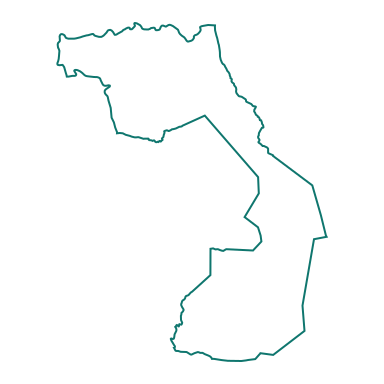 La Libertad, Comayagua, Honduras (orthographic projection)
{"feature_id": "27666195B37640617369838", "entity_name": "La Libertad", "entity_type": "district", "adm_level": 2, "iso_a3": "HND", "parent_name": "Honduras", "parent_adm1": "Comayagua", "projection": "orthographic", "projection_center": [-87.636, 14.872], "detail": "fine", "context": "isolated", "style": "outline", "palette": "teal", "viewbox_px": 384, "rotation_deg": 0, "n_neighbors": 0, "source": "geoboundaries", "source_scale": "gbopen_adm2", "svg_char_len": 5781}
<svg xmlns="http://www.w3.org/2000/svg" viewBox="0 0 384 384"><path d="M304.5,330.9L302.5,305.6L314.0,239.2L326.6,236.8L325.9,235.5L320.9,215.3L312.3,185.4L273.1,156.0L273.2,155.6L272.9,155.2L268.4,153.2L268.2,152.9L268.1,152.4L268.1,148.8L267.7,148.1L266.9,147.4L263.9,146.0L262.6,146.0L260.9,144.2L260.0,143.5L259.0,142.9L258.5,142.4L258.5,141.9L259.3,140.7L259.5,140.0L259.3,139.4L258.7,138.6L258.3,138.0L258.1,137.1L258.2,136.3L258.6,135.7L258.8,135.3L258.8,134.2L259.0,133.0L260.4,130.4L261.8,128.0L262.0,127.8L263.0,127.7L263.4,127.4L263.4,126.9L263.1,125.3L262.8,124.8L262.1,123.9L261.8,122.0L261.4,121.3L261.2,120.4L260.8,120.2L259.9,120.1L259.7,119.5L259.6,118.6L258.8,117.2L257.8,116.8L257.7,116.1L257.4,115.8L255.9,114.7L255.1,112.8L254.2,111.5L254.3,109.8L255.6,107.6L255.8,107.0L255.8,106.7L255.4,106.5L253.2,106.1L252.5,105.6L251.9,104.7L251.2,104.0L246.5,101.8L246.2,101.5L245.8,99.6L245.4,99.2L241.9,96.9L241.1,96.6L239.3,96.3L238.9,96.1L238.4,95.6L236.6,93.3L236.1,91.8L236.1,91.0L236.3,89.4L236.0,87.7L235.6,87.0L234.2,85.3L233.9,83.7L232.2,82.4L231.6,81.5L231.5,81.0L231.8,79.3L231.5,78.8L230.5,78.2L230.5,77.2L229.8,75.6L229.6,74.1L229.1,73.1L228.3,71.9L227.3,70.9L226.3,68.6L225.2,66.8L224.6,65.4L223.8,64.5L222.9,64.0L222.0,62.8L220.7,59.7L220.0,56.5L219.9,52.3L219.7,50.3L219.0,45.8L218.8,44.7L218.4,43.6L217.2,38.1L216.4,35.6L215.1,30.4L214.9,27.0L215.0,25.4L208.1,25.0L203.1,25.9L201.7,26.2L200.6,26.7L200.2,27.0L200.1,27.5L200.6,29.3L200.6,30.2L200.2,31.2L199.4,32.3L198.3,33.5L197.5,34.2L196.4,34.8L195.2,35.1L194.4,35.7L193.9,36.4L193.9,37.9L193.7,38.4L193.0,39.4L192.4,40.1L191.1,40.8L188.1,41.6L187.4,41.4L186.6,40.7L185.3,38.7L184.3,37.4L181.7,35.6L180.0,34.0L179.1,32.7L178.1,30.0L177.8,29.6L173.0,26.1L171.1,25.2L169.8,24.8L169.1,24.9L168.4,25.1L165.9,26.6L165.2,26.4L163.2,25.6L162.5,25.6L161.9,25.7L161.5,26.0L160.8,26.9L160.5,27.5L160.0,28.9L159.5,29.6L158.0,30.1L156.1,30.2L155.6,29.9L154.7,28.0L154.3,27.8L153.6,27.7L151.0,28.1L149.9,28.9L148.2,29.5L145.1,29.4L143.9,29.3L142.6,28.8L142.1,28.4L141.3,26.7L140.1,25.2L136.9,23.4L135.7,23.1L134.8,23.0L134.4,23.3L134.3,23.7L134.4,24.3L134.9,25.5L134.9,26.0L134.3,26.8L133.0,28.1L132.5,28.7L131.8,29.2L131.0,29.3L130.2,29.2L129.9,28.9L129.7,28.0L129.3,27.7L128.3,27.6L127.5,27.8L125.5,28.8L124.8,29.4L123.4,29.9L122.1,31.3L118.1,33.5L116.7,34.4L116.0,34.7L115.3,34.8L114.8,34.8L114.5,34.5L113.1,32.1L111.6,30.5L110.3,29.9L109.2,30.0L108.3,30.3L107.8,30.6L106.5,32.6L103.8,35.4L102.5,36.3L101.2,36.9L99.1,36.9L95.8,36.0L94.5,35.5L93.4,34.2L93.0,34.0L92.7,34.0L91.5,34.2L88.2,35.2L86.6,35.4L82.6,36.5L80.4,37.3L75.9,38.4L73.9,38.7L68.5,38.7L67.0,38.3L65.8,37.7L64.8,35.8L64.6,35.7L64.4,35.2L63.2,34.5L62.4,34.2L61.5,34.1L61.0,34.2L60.6,34.5L60.2,34.9L59.6,36.3L59.9,40.3L59.8,41.0L59.6,41.4L59.1,41.9L58.0,43.1L57.7,44.4L57.8,45.8L58.1,47.8L58.5,48.3L59.3,50.5L59.4,50.9L59.0,55.9L58.7,58.9L58.2,61.0L57.4,63.2L57.4,63.8L57.5,64.5L57.9,64.9L58.8,65.1L59.6,65.2L62.5,64.9L62.8,65.1L64.2,67.2L65.9,73.2L66.5,75.0L66.8,76.6L68.5,76.6L72.3,75.9L74.6,75.9L75.6,75.6L76.1,75.0L76.2,74.1L74.3,71.0L74.3,70.6L74.6,70.2L75.0,70.0L75.8,69.9L76.9,70.0L78.1,70.4L80.2,71.4L82.2,72.9L84.3,74.9L85.1,75.5L85.9,75.9L87.1,76.2L89.5,76.5L94.0,77.0L97.0,77.1L97.9,77.3L98.9,77.7L99.7,78.2L100.1,78.6L100.8,80.5L102.6,84.1L103.0,84.7L103.5,85.2L104.3,85.6L105.1,85.8L106.6,85.7L108.5,85.3L109.2,85.4L109.8,85.6L109.9,85.8L109.9,86.1L109.6,86.7L106.1,89.1L105.1,90.1L104.7,91.0L104.7,92.3L104.9,93.1L105.3,93.8L105.8,94.5L107.3,96.0L107.8,97.1L108.5,100.6L110.7,107.9L111.6,117.7L113.9,122.4L115.2,127.5L117.1,132.3L117.0,133.3L119.8,133.0L122.8,133.3L125.7,134.8L129.9,135.9L131.6,136.6L134.4,137.3L135.9,137.4L137.6,137.2L138.6,137.2L143.5,138.8L144.3,138.7L146.4,138.7L148.2,138.6L148.6,138.9L148.6,139.5L149.2,140.1L151.2,140.3L152.7,140.9L153.3,140.5L154.1,140.4L154.6,140.8L155.3,141.8L156.1,142.2L157.0,142.1L157.9,141.7L158.5,142.0L159.1,141.3L159.6,141.0L160.1,141.1L160.6,141.5L160.8,141.5L161.1,141.3L161.5,140.6L162.4,140.1L162.5,139.6L162.2,139.2L162.0,138.4L163.2,137.2L163.4,136.9L163.8,134.8L164.4,133.2L164.5,132.3L164.2,131.5L164.3,131.2L165.3,130.7L166.9,130.3L168.6,131.0L168.9,131.0L170.5,130.3L172.0,129.3L173.5,129.1L175.8,128.5L179.3,126.8L181.0,126.6L181.9,126.3L182.5,125.7L204.8,115.6L258.1,177.1L258.8,193.4L244.6,217.1L258.0,227.3L260.6,235.5L261.4,241.5L253.0,250.5L226.5,249.2L225.8,249.4L223.3,250.9L221.9,250.7L219.8,250.0L218.2,249.3L217.4,249.2L215.4,249.4L213.1,248.4L210.5,248.8L210.4,275.1L192.1,291.7L190.8,292.5L188.5,295.1L187.9,295.4L186.4,295.9L185.9,296.2L185.5,296.7L185.1,298.2L184.7,298.9L184.2,299.5L183.4,300.0L182.6,300.5L182.3,301.0L182.0,301.6L181.6,303.1L181.2,304.0L181.2,305.1L182.1,307.1L183.4,309.2L183.6,309.9L183.5,310.3L182.9,311.5L181.8,312.6L181.5,312.9L181.3,314.8L180.9,315.8L181.0,319.6L181.1,320.2L182.1,322.5L182.2,322.8L182.0,323.5L181.6,324.4L181.4,324.6L180.0,324.4L179.6,324.2L179.3,324.3L179.0,326.0L178.7,326.4L178.3,326.3L177.5,325.3L176.8,325.0L176.5,325.2L176.3,325.5L175.8,326.6L175.3,326.8L175.4,327.3L176.1,328.1L176.4,329.4L176.4,330.4L176.2,331.1L174.6,334.3L174.3,336.8L174.0,338.1L173.7,338.7L173.2,338.9L172.8,339.0L171.3,338.5L171.0,338.6L170.8,338.9L171.0,339.6L171.5,340.8L173.2,343.6L173.7,344.5L174.9,346.3L174.9,346.8L174.6,347.9L174.4,348.0L174.1,348.0L175.4,350.5L176.0,350.9L178.3,351.0L180.7,351.8L186.3,352.0L187.1,352.3L190.4,354.4L191.2,354.6L191.7,354.5L194.4,353.2L197.7,352.1L198.6,352.2L200.3,352.9L202.6,352.9L203.2,353.2L204.7,354.1L208.2,355.5L209.7,356.2L210.5,356.8L211.3,357.6L211.6,358.1L211.9,358.9L214.2,358.9L221.8,360.1L227.9,360.8L241.4,361.0L246.1,360.4L248.1,360.0L255.2,359.1L256.0,358.3L259.6,354.2L260.1,353.8L260.4,353.2L273.2,354.9L304.5,330.9Z" fill="none" stroke="#0f766e" stroke-width="2"/></svg>